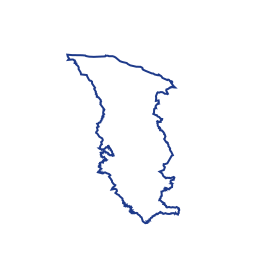 Alto Lucero de Gutiérrez Barrios, Veracruz, Mexico (Equal Earth projection), rotated 309°
{"feature_id": "50627088B6461377547607", "entity_name": "Alto Lucero de Gutiérrez Barrios", "entity_type": "district", "adm_level": 2, "iso_a3": "MEX", "parent_name": "Mexico", "parent_adm1": "Veracruz", "projection": "equal_earth", "projection_center": [-96.611, 19.729], "detail": "fine", "context": "isolated", "style": "outline", "palette": "blue", "viewbox_px": 256, "rotation_deg": 309, "n_neighbors": 0, "source": "geoboundaries", "source_scale": "gbopen_adm2", "svg_char_len": 5864}
<svg xmlns="http://www.w3.org/2000/svg" viewBox="0 0 256 256"><g transform="rotate(309 128 128)"><path d="M189.1,139.1L189.2,137.2L189.9,134.4L191.2,133.3L190.7,133.6L190.2,133.0L190.9,131.9L190.5,131.3L191.7,132.6L191.3,134.2L191.8,132.9L191.7,132.3L190.9,131.1L191.2,129.5L190.8,128.6L190.0,128.4L188.6,123.2L189.1,121.8L189.2,120.7L188.9,119.9L189.1,119.0L188.9,118.4L188.4,118.8L187.9,118.2L186.3,114.9L186.3,113.5L185.4,112.1L183.5,105.8L182.8,103.0L183.0,102.1L183.6,101.8L183.8,101.1L183.4,99.2L180.8,95.8L178.1,90.3L177.6,87.6L177.7,86.1L175.7,82.0L174.9,79.7L175.0,74.3L174.8,72.7L174.1,70.8L171.8,68.0L171.5,66.8L170.3,65.5L170.3,65.1L169.2,65.1L161.8,56.7L159.0,52.9L157.5,50.1L157.5,49.3L155.7,46.6L149.4,38.6L146.8,34.7L145.6,36.3L144.9,38.5L143.2,38.6L146.2,41.6L146.8,42.7L146.6,43.6L147.0,44.1L146.4,45.4L145.9,45.2L144.9,45.6L145.6,47.3L144.8,47.6L144.7,50.0L144.3,51.1L143.8,51.8L142.7,52.5L141.4,56.2L140.1,57.8L143.2,62.6L142.2,64.3L140.8,67.7L140.8,68.5L141.3,69.2L141.4,70.8L139.9,72.2L138.5,77.1L137.1,77.1L135.9,80.3L135.2,80.6L134.8,81.6L134.3,81.7L134.5,82.3L133.8,82.8L133.7,83.5L132.6,84.1L132.9,85.2L133.3,85.6L132.5,89.4L131.6,89.9L131.5,90.5L130.2,90.7L129.7,91.5L129.1,91.6L127.5,97.8L126.7,97.6L126.4,98.4L125.7,98.2L123.9,99.3L123.7,100.7L122.3,100.5L121.9,101.3L121.1,100.9L120.9,101.7L120.0,101.3L119.2,102.2L118.5,101.8L117.1,102.7L116.2,102.4L115.0,103.0L113.7,102.0L112.8,102.2L111.9,101.4L110.6,104.3L108.9,103.5L107.1,105.9L105.2,105.8L104.2,106.2L104.3,107.8L103.2,111.2L103.7,114.5L102.8,116.0L100.9,116.3L100.1,116.0L98.9,117.9L98.2,117.6L96.2,117.9L94.7,119.0L94.0,118.3L94.0,119.1L94.6,120.2L94.5,121.3L95.2,121.5L95.2,122.0L97.3,123.0L99.3,123.1L99.8,124.2L101.4,123.7L101.9,124.1L101.5,125.1L100.8,125.7L101.1,125.7L100.8,127.4L99.9,128.3L100.2,128.7L99.8,129.2L99.8,130.3L99.0,131.0L98.4,132.3L98.4,133.1L97.7,133.6L97.5,134.1L96.6,133.5L96.5,131.9L95.5,131.3L95.3,130.2L95.6,129.6L95.4,129.3L95.8,129.2L96.0,127.7L95.0,126.3L95.4,126.1L95.5,124.9L95.0,123.9L94.0,124.2L93.4,123.7L92.7,124.1L92.4,122.9L91.6,122.3L90.8,123.7L90.0,123.7L89.7,125.1L89.2,125.2L89.5,125.6L89.1,126.2L89.2,127.0L90.5,127.7L89.7,129.8L90.0,130.4L89.5,130.9L89.7,131.6L88.8,131.4L87.8,129.2L87.0,129.2L87.2,129.8L87.0,130.0L86.1,129.9L85.4,130.3L85.0,129.2L83.4,128.2L82.7,129.0L82.1,128.6L81.9,129.2L81.5,129.3L81.7,129.6L81.3,130.3L80.0,129.3L79.4,129.7L79.7,131.8L79.5,132.4L79.2,132.1L79.4,132.8L77.4,132.5L76.8,132.8L76.6,133.3L75.6,132.4L74.7,132.5L76.4,136.2L76.9,136.0L76.6,136.6L76.8,136.9L77.4,137.4L78.2,137.3L79.2,138.4L79.4,139.8L80.3,142.2L80.2,144.1L79.9,144.7L79.9,143.9L78.2,143.8L77.5,147.2L77.1,147.6L77.1,148.5L76.0,149.6L75.4,152.2L75.6,154.1L74.1,154.2L72.1,153.6L69.9,154.0L72.6,156.3L73.0,157.7L72.1,159.1L69.6,159.1L69.7,161.4L70.2,163.2L69.8,164.2L69.7,168.1L68.4,169.2L68.4,170.0L67.7,171.1L67.7,172.2L67.3,172.2L66.8,171.2L66.5,171.4L66.5,172.4L67.1,173.9L65.2,174.3L65.5,175.4L66.0,175.5L65.7,175.6L66.4,175.6L67.2,176.4L66.7,177.1L67.6,177.7L67.5,178.9L68.0,178.7L67.9,179.5L68.8,179.7L68.5,180.7L68.1,180.5L67.0,181.3L66.2,181.3L66.1,182.0L65.7,181.8L66.3,182.6L65.3,182.4L64.4,181.7L64.2,181.9L64.3,183.9L64.9,183.5L66.3,184.8L66.3,185.3L64.7,185.2L65.6,186.5L67.3,187.9L67.7,188.8L67.1,189.7L67.4,192.2L66.9,193.5L67.1,194.8L64.8,198.2L64.9,200.8L65.3,201.1L65.1,201.5L66.5,202.8L67.1,202.5L67.3,201.8L67.7,202.5L68.1,202.3L68.2,202.6L68.6,202.2L69.4,203.4L69.2,202.5L70.0,202.5L70.1,202.8L70.4,202.3L70.7,202.6L72.6,202.4L73.8,203.1L74.8,202.6L76.4,203.7L76.6,203.4L78.3,204.1L79.2,204.1L79.3,204.9L80.2,205.4L80.7,205.2L82.0,205.9L83.1,205.9L83.2,206.3L82.8,206.9L83.4,207.5L83.6,208.4L83.3,208.8L83.7,209.7L85.4,210.7L85.9,212.3L87.1,214.1L88.4,215.3L88.9,215.2L90.5,217.0L90.8,218.3L91.3,218.3L91.0,218.6L91.7,218.8L92.1,219.4L91.9,220.7L92.2,221.3L93.1,220.8L94.0,220.9L94.7,220.0L96.4,219.5L96.7,218.4L97.2,218.6L97.6,218.0L97.2,215.5L96.0,215.0L94.5,212.4L93.8,212.0L92.8,210.6L92.6,209.7L90.8,208.3L90.8,207.2L91.3,207.0L91.5,206.6L91.3,205.1L91.6,204.2L91.1,203.3L91.7,203.1L92.3,203.9L92.5,203.6L92.0,202.5L92.2,201.6L91.9,201.3L92.2,198.6L91.6,197.8L92.8,197.3L94.0,197.5L94.9,196.8L96.2,197.0L96.6,196.5L97.0,196.6L99.6,194.0L100.5,194.8L102.0,195.0L102.7,196.2L103.6,196.5L103.7,196.1L103.9,196.6L104.6,195.6L104.7,196.6L105.3,196.9L104.8,194.8L105.3,195.0L106.1,198.4L107.4,198.3L107.7,198.8L108.6,198.7L109.8,199.4L111.9,197.9L112.3,197.1L112.1,196.7L112.5,196.9L112.3,196.3L112.6,196.2L112.6,195.3L113.0,194.8L114.0,194.4L115.3,195.0L116.6,196.1L117.6,195.3L118.0,195.5L118.7,195.2L118.7,194.3L115.6,192.5L115.4,191.6L115.0,191.5L114.4,190.2L113.1,189.3L113.2,188.7L112.8,188.7L112.9,185.6L114.2,183.2L114.0,180.0L118.0,182.3L120.8,181.3L120.8,180.2L121.2,179.2L122.4,178.5L122.9,179.3L125.3,180.8L133.9,179.4L135.1,180.0L136.7,176.6L137.0,175.3L137.8,173.9L138.4,173.8L138.9,172.8L139.3,170.8L140.3,170.1L141.0,168.5L141.5,168.2L141.5,167.2L141.0,167.1L141.0,166.7L142.2,163.0L143.3,163.0L144.3,162.5L144.9,162.5L145.9,161.0L145.9,160.0L146.7,159.6L146.9,158.1L147.3,157.7L147.2,156.2L147.4,155.9L146.5,154.4L147.4,154.0L147.3,152.9L148.0,153.2L148.2,152.9L147.8,151.9L148.4,151.6L148.2,150.7L148.5,149.7L150.0,148.4L150.2,147.7L150.9,147.6L151.4,146.5L152.0,146.7L152.0,148.2L153.3,149.6L154.1,148.8L155.8,149.3L156.5,148.9L155.7,147.5L156.2,145.4L155.6,143.7L156.1,142.2L155.6,141.8L154.9,138.8L156.2,138.6L159.2,136.4L160.1,136.8L161.1,136.4L161.3,137.1L162.2,135.8L162.7,135.6L164.6,135.6L166.2,136.6L166.3,135.8L167.4,135.8L168.7,134.4L166.6,132.6L169.0,131.1L170.3,129.7L173.8,128.6L174.5,128.7L175.0,129.9L176.3,130.6L177.3,131.9L177.6,132.5L177.8,135.1L179.0,136.5L179.1,137.3L179.7,137.5L181.1,134.2L182.1,133.6L184.0,134.8L185.6,135.0L186.2,135.8L186.8,135.6L187.9,136.3L187.9,136.9L188.2,136.9L188.4,138.2L189.1,139.1Z" fill="none" stroke="#1e3a8a" stroke-width="2"/></g></svg>